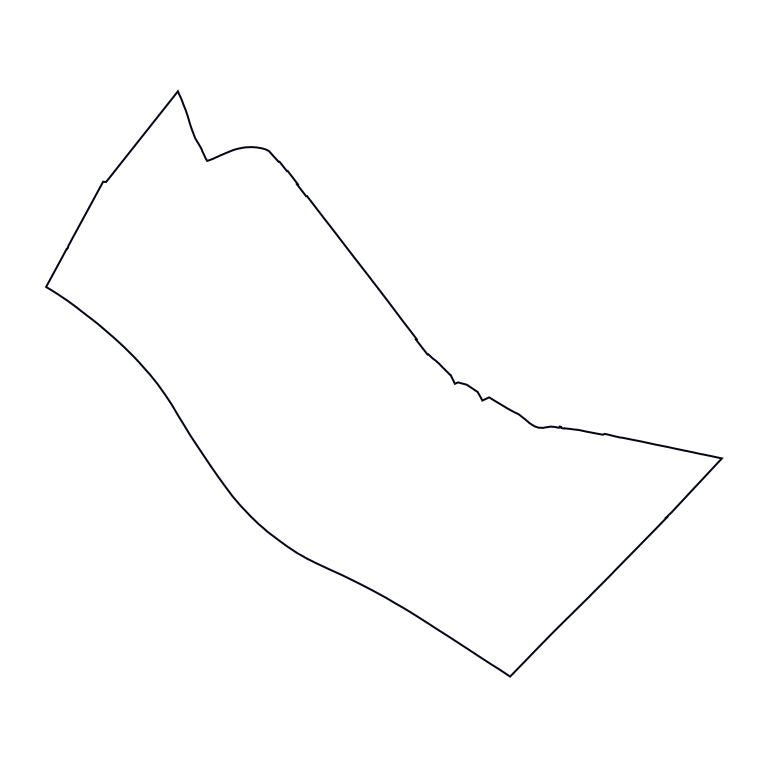 Maassluis, Zuid-Holland, Netherlands
{"feature_id": "6326949B57125519324160", "entity_name": "Maassluis", "entity_type": "district", "adm_level": 2, "iso_a3": "NLD", "parent_name": "Netherlands", "parent_adm1": "Zuid-Holland", "projection": "albers", "projection_center": [4.256, 51.927], "detail": "fine", "context": "isolated", "style": "outline", "palette": "ink", "viewbox_px": 768, "rotation_deg": 0, "n_neighbors": 0, "source": "geoboundaries", "source_scale": "gbopen_adm2", "svg_char_len": 5209}
<svg xmlns="http://www.w3.org/2000/svg" viewBox="0 0 768 768"><path d="M510.1,676.6L517.1,669.4L527.8,658.4L532.8,653.2L533.6,652.4L533.9,652.1L534.1,651.9L534.5,651.4L534.7,651.2L534.8,651.1L540.2,645.6L541.1,644.6L541.6,644.1L542.3,643.4L542.6,643.1L544.9,640.8L545.1,640.6L546.5,639.1L547.9,637.7L548.1,637.5L551.7,633.8L558.8,626.7L566.8,618.8L571.2,614.5L573.2,612.5L573.7,612.0L581.1,604.7L588.2,597.7L589.5,596.5L589.6,596.3L590.0,595.9L591.8,594.0L592.2,593.6L595.6,590.2L598.3,587.5L598.9,586.9L599.6,586.1L600.2,585.6L611.9,573.8L614.6,570.9L658.7,525.9L659.9,524.6L663.3,521.1L663.8,520.6L665.4,519.0L665.6,518.8L666.8,517.6L666.2,517.5L667.5,516.3L669.1,514.7L669.7,514.2L669.8,514.1L670.2,513.7L670.4,513.5L670.6,513.3L670.7,513.2L670.9,513.0L672.0,512.0L672.1,511.8L677.2,506.3L679.5,503.8L680.0,503.3L685.4,497.5L686.4,496.5L687.0,495.8L693.6,488.7L694.8,487.4L695.4,486.8L697.0,485.1L699.0,482.9L699.6,482.3L704.0,477.6L708.4,472.9L711.6,469.4L717.2,463.5L717.9,462.7L718.0,462.6L721.0,459.4L721.9,458.4L715.3,457.0L713.0,456.5L702.9,454.4L701.4,454.2L700.0,453.9L699.8,453.8L695.4,452.9L693.7,452.5L692.0,452.1L689.8,451.7L689.7,451.7L686.7,451.0L685.5,450.8L676.9,449.0L672.7,448.1L671.9,447.9L666.7,446.8L665.6,446.6L660.2,445.5L659.6,445.4L651.3,443.7L650.6,443.5L643.6,442.0L641.9,441.6L632.1,439.7L631.9,439.7L631.7,439.6L627.7,438.8L622.2,437.7L621.4,437.7L619.6,437.4L615.6,436.5L614.8,436.3L614.4,436.2L608.0,434.6L604.5,433.9L604.4,434.0L603.4,434.6L602.8,434.6L602.1,434.6L600.7,434.3L597.9,433.8L584.8,431.3L579.0,430.0L572.7,429.3L569.0,428.8L564.8,428.4L564.6,428.3L564.5,428.5L564.0,428.4L563.2,428.4L562.7,428.3L562.2,428.2L561.7,428.1L561.2,427.9L561.1,427.7L561.0,427.3L561.1,427.1L561.1,426.9L559.7,426.6L559.3,427.5L559.2,427.6L558.9,427.8L558.7,427.7L557.9,427.6L557.1,427.4L556.4,427.3L555.1,427.0L554.2,426.9L553.4,426.8L553.2,426.8L551.6,426.7L550.8,426.6L549.6,426.8L545.4,427.4L543.3,427.9L538.7,427.7L535.0,426.5L534.6,426.4L534.1,426.0L532.8,425.2L531.5,424.4L529.4,423.0L528.9,422.6L528.2,421.9L527.8,421.6L526.6,420.6L524.9,419.1L522.1,417.0L520.0,415.3L518.4,414.1L516.9,413.4L514.3,412.2L511.3,410.6L506.2,407.7L500.1,404.0L499.2,403.5L497.9,402.7L491.9,399.1L491.5,398.8L490.4,398.2L490.2,398.0L489.1,397.4L482.3,400.6L482.2,400.4L481.3,398.5L481.2,398.3L477.6,391.9L476.6,391.3L470.8,387.4L466.7,384.7L460.6,383.1L458.0,382.4L454.9,383.8L451.8,377.4L451.3,376.4L450.7,375.1L450.4,375.2L444.3,369.0L442.3,367.1L440.9,365.6L439.5,364.1L438.9,363.5L435.4,360.4L432.8,358.5L432.1,357.9L428.3,354.3L427.6,354.6L421.8,347.2L415.9,339.5L416.7,339.2L412.4,333.5L403.3,321.7L389.8,303.7L387.6,300.8L386.7,299.6L376.2,285.9L374.5,283.7L372.7,281.4L368.1,275.3L367.9,275.1L366.9,273.8L364.1,270.2L362.3,267.9L361.4,266.7L358.6,263.1L355.4,259.0L350.6,252.7L349.3,251.1L348.1,249.5L342.4,242.1L341.9,241.5L341.5,240.9L335.0,232.4L328.1,223.5L322.7,216.6L321.4,214.8L320.7,214.0L319.8,212.7L317.8,210.2L315.9,207.7L307.0,196.1L306.2,196.3L297.0,184.4L297.8,184.2L294.3,179.6L287.6,170.9L286.9,171.1L286.0,170.0L285.3,169.1L283.8,167.2L281.0,163.6L280.0,162.3L279.5,161.7L278.7,161.9L274.1,156.8L273.3,156.0L269.1,151.2L266.6,149.8L263.9,148.9L263.5,148.7L261.2,148.2L259.0,147.8L256.3,147.4L253.6,147.2L251.0,147.1L249.4,147.2L245.9,147.3L243.4,147.7L242.3,147.8L240.7,148.2L239.5,148.4L236.8,149.0L233.8,149.9L230.9,151.0L228.6,152.0L226.5,152.8L224.4,153.7L222.4,154.6L220.2,155.5L218.3,156.4L216.0,157.4L213.3,158.7L210.5,159.8L209.9,160.0L208.5,160.5L207.2,160.9L207.0,160.6L206.6,160.0L206.5,159.7L206.2,159.3L205.9,158.8L205.7,158.5L205.2,157.4L204.9,156.7L203.4,153.4L203.0,152.7L202.5,151.7L202.0,150.2L201.9,149.9L201.3,148.6L200.7,147.5L199.4,145.3L199.0,144.6L198.3,143.4L196.8,141.0L196.1,139.8L195.4,138.6L195.1,138.0L194.6,136.7L193.9,135.0L193.4,133.4L193.2,133.0L192.5,131.2L191.6,128.7L190.4,125.1L189.7,122.9L188.0,117.1L187.5,115.5L186.0,111.1L186.0,110.9L184.2,106.5L182.8,102.9L182.4,101.6L180.6,97.2L180.1,96.3L179.9,95.9L177.9,91.4L177.6,91.8L176.4,93.2L173.3,97.2L152.9,122.9L152.5,123.4L149.7,127.0L142.7,135.8L139.2,140.2L117.2,168.0L109.3,178.0L106.6,181.3L106.1,182.0L103.7,181.8L103.1,181.7L101.9,184.0L86.3,212.8L73.2,236.9L71.1,240.8L71.0,241.1L70.5,242.0L69.4,244.0L69.1,244.6L68.9,244.8L68.3,246.0L68.0,247.7L66.9,249.2L66.6,249.0L63.7,254.5L62.4,256.9L46.1,287.0L49.2,288.8L57.8,294.2L67.9,301.0L73.5,305.1L77.8,308.3L81.1,311.0L87.0,315.5L97.1,323.3L106.5,331.3L115.7,339.3L124.2,347.2L133.5,356.4L139.0,362.2L141.8,365.4L146.3,370.5L150.0,374.6L157.6,384.1L164.8,394.2L171.7,404.5L177.8,415.0L184.3,425.5L190.6,435.9L197.5,446.3L210.5,465.7L211.1,466.6L218.2,476.8L225.4,486.7L232.7,496.5L240.7,505.9L242.2,507.4L245.6,511.0L248.8,514.4L249.4,515.1L250.9,516.6L256.4,521.9L258.3,523.8L262.8,527.6L267.2,531.5L271.1,534.5L275.5,537.8L277.3,539.2L286.3,545.8L297.2,553.1L307.7,559.0L311.0,560.6L312.6,561.4L315.1,562.7L319.2,564.6L330.1,569.7L341.6,574.9L352.4,580.2L363.6,585.8L368.6,588.4L374.7,591.6L385.5,597.5L392.1,601.4L395.1,603.2L403.5,608.0L406.3,609.7L410.0,611.9L418.9,617.5L427.5,623.0L437.7,629.6L448.6,636.5L470.8,651.0L477.8,655.6L489.9,663.5L498.4,668.8L510.1,676.6Z" fill="none" stroke="#020617" stroke-width="2"/></svg>